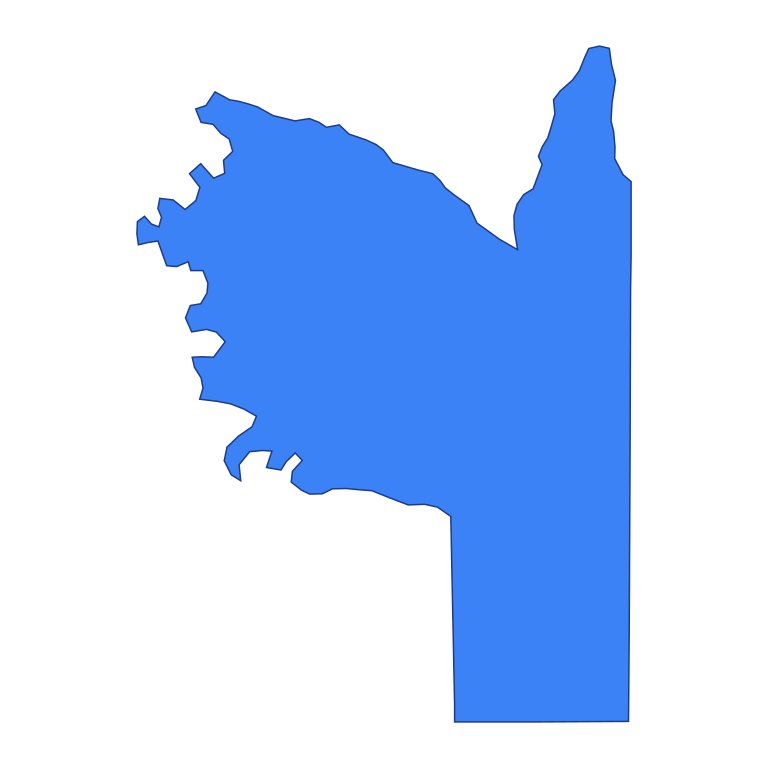 Bela Vista do Paraíso, Paraná, Brazil
{"feature_id": "56859067B35411296516238", "entity_name": "Bela Vista do Paraíso", "entity_type": "district", "adm_level": 2, "iso_a3": "BRA", "parent_name": "Brazil", "parent_adm1": "Paraná", "projection": "mercator", "projection_center": [-51.271, -23.009], "detail": "fine", "context": "isolated", "style": "filled", "palette": "blue", "viewbox_px": 768, "rotation_deg": 0, "n_neighbors": 0, "source": "geoboundaries", "source_scale": "gbopen_adm2", "svg_char_len": 1859}
<svg xmlns="http://www.w3.org/2000/svg" viewBox="0 0 768 768"><path d="M215.0,91.9L206.0,105.5L195.7,109.0L201.1,122.4L213.1,124.3L220.7,133.2L229.2,139.0L232.7,151.4L223.5,160.3L224.7,173.3L213.6,178.2L200.7,163.7L189.5,173.7L199.9,187.3L195.9,200.5L185.1,209.5L173.1,199.9L159.8,198.4L157.9,208.6L161.5,217.2L158.9,226.9L151.3,224.0L144.5,216.3L137.4,221.6L136.9,233.8L138.4,244.8L148.1,242.5L157.9,241.0L166.7,265.7L176.6,266.6L188.2,261.7L190.8,270.6L203.0,270.6L207.9,283.1L207.0,293.2L200.7,303.8L190.3,305.5L185.5,317.9L191.7,331.9L206.5,329.4L216.4,332.1L225.2,341.7L213.6,357.2L201.6,356.8L192.2,357.2L194.5,367.4L201.1,377.9L203.0,388.1L199.7,399.2L217.1,401.3L230.4,403.8L243.5,408.9L256.5,416.2L252.0,426.8L238.6,436.0L227.0,447.2L224.2,460.7L231.3,474.9L240.7,480.7L239.1,464.7L249.7,451.7L262.6,450.5L271.9,451.1L266.5,467.5L281.0,470.0L286.2,461.7L295.2,453.0L302.3,460.4L292.4,471.3L291.2,482.1L301.8,490.4L309.8,494.1L322.3,493.8L332.5,488.8L346.4,488.5L359.8,489.8L371.8,490.7L388.8,497.5L397.6,500.9L408.2,504.9L424.7,504.3L437.4,507.1L450.8,516.4L454.6,704.9L454.6,721.9L539.6,721.9L628.5,721.4L629.2,633.2L630.1,444.9L630.6,287.6L631.1,255.5L631.1,181.6L623.0,174.6L614.7,158.6L615.0,147.1L613.6,131.3L611.0,120.9L612.0,103.0L615.5,80.4L611.5,64.4L609.3,48.3L599.4,46.1L588.8,48.5L584.8,57.2L579.4,70.6L572.6,80.0L560.1,91.1L553.5,99.8L554.9,113.7L551.3,126.4L547.8,137.9L542.4,146.5L538.4,156.4L542.1,164.6L533.1,188.8L523.7,194.6L517.1,204.2L514.0,215.4L514.3,229.3L517.6,249.7L499.2,239.1L477.0,223.1L469.0,205.6L454.2,195.0L445.2,187.8L440.0,180.5L432.7,173.7L417.6,169.9L406.1,166.5L392.8,162.6L383.4,150.1L376.3,144.7L366.0,139.9L349.0,134.1L339.3,124.9L326.4,127.3L319.2,122.4L309.4,118.6L295.0,120.9L273.0,115.6L257.7,107.0L248.8,104.1L238.6,101.3L229.6,99.8L215.0,91.9Z" fill="#3b82f6" stroke="#1e3a8a" stroke-width="1.5"/></svg>